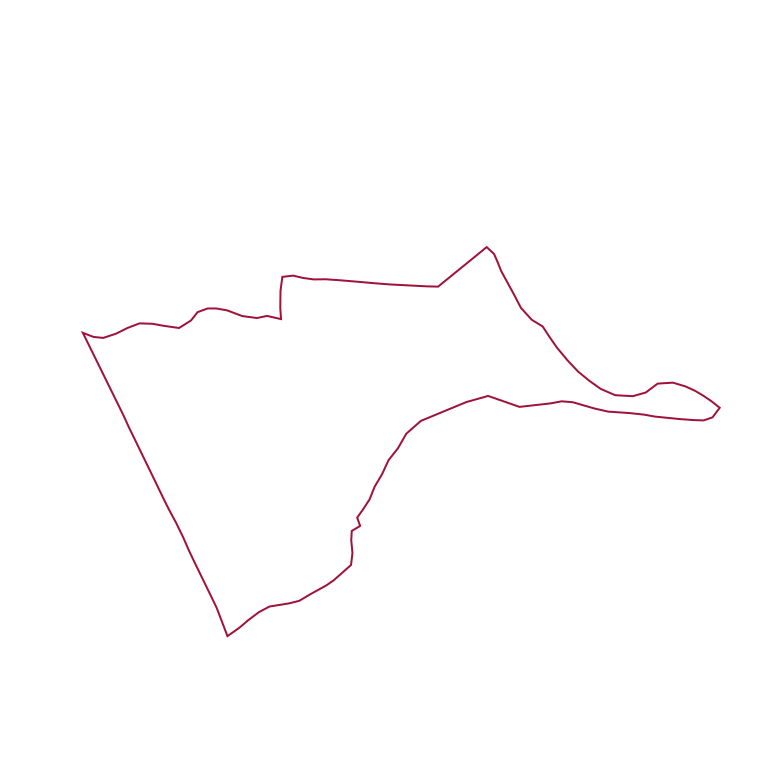 Parnamirim, Rio Grande do Norte, Brazil, rotated 327°
{"feature_id": "56859067B32838397359817", "entity_name": "Parnamirim", "entity_type": "district", "adm_level": 2, "iso_a3": "BRA", "parent_name": "Brazil", "parent_adm1": "Rio Grande do Norte", "projection": "albers", "projection_center": [-35.212, -5.917], "detail": "fine", "context": "isolated", "style": "outline", "palette": "rose", "viewbox_px": 768, "rotation_deg": 327, "n_neighbors": 0, "source": "geoboundaries", "source_scale": "gbopen_adm2", "svg_char_len": 1486}
<svg xmlns="http://www.w3.org/2000/svg" viewBox="0 0 768 768"><g transform="rotate(327 384 384)"><path d="M544.7,325.1L482.4,331.8L473.2,325.5L443.3,303.8L430.9,294.3L417.6,283.9L404.2,273.5L392.0,264.3L382.0,258.0L373.8,250.9L366.8,243.6L357.1,238.8L348.0,249.4L338.2,264.1L333.0,273.5L323.0,263.2L313.4,259.5L302.1,249.8L292.6,236.9L284.5,229.3L277.2,224.6L266.8,222.2L256.8,225.6L242.6,225.4L230.7,215.0L222.5,207.3L212.0,200.0L199.4,197.3L186.4,195.8L173.6,192.4L166.0,186.3L159.3,177.1L153.0,229.9L148.4,268.5L146.5,281.1L145.4,290.1L138.8,343.2L136.3,362.8L135.0,374.9L134.1,386.6L132.1,403.0L129.7,417.4L127.8,431.7L126.0,446.6L123.6,466.0L121.7,480.9L115.4,510.2L130.2,509.6L141.7,508.1L154.9,507.2L166.9,508.3L184.9,516.3L194.9,519.7L207.9,520.2L226.3,521.5L235.0,521.2L257.8,517.8L265.4,508.7L271.5,497.1L276.9,489.7L286.7,490.0L288.7,481.5L298.7,477.5L309.1,472.9L320.1,465.1L333.4,458.5L346.4,450.3L360.7,445.5L375.7,437.8L394.8,435.0L443.3,444.0L464.8,450.7L485.2,477.0L513.2,491.0L523.6,495.3L532.3,502.0L547.1,519.1L556.9,529.2L574.2,542.2L585.5,551.4L593.6,559.0L612.7,574.3L624.0,582.9L632.2,588.6L641.3,590.9L652.6,586.8L649.2,576.7L645.5,567.9L641.1,559.0L635.5,550.2L627.0,540.2L613.7,532.7L598.8,533.7L586.0,529.7L571.8,519.3L563.1,506.2L557.9,493.0L553.6,479.6L550.8,464.3L548.8,447.4L548.4,432.6L548.4,422.2L542.9,410.6L540.3,394.8L541.8,379.1L542.9,364.8L543.8,352.9L545.7,343.5L547.1,335.0L544.7,325.1Z" fill="none" stroke="#9f1239" stroke-width="2"/></g></svg>